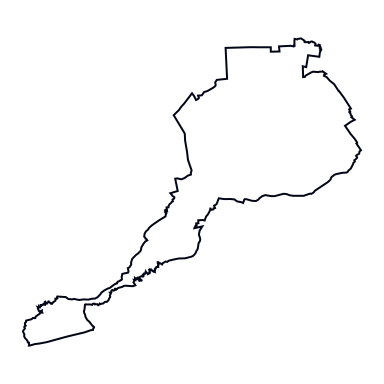 outline of Bogdanesti, Bacau, Romania
{"feature_id": "2599482B17094917236522", "entity_name": "Bogdanesti", "entity_type": "district", "adm_level": 2, "iso_a3": "ROU", "parent_name": "Romania", "parent_adm1": "Bacau", "projection": "robinson", "projection_center": [26.663, 46.198], "detail": "fine", "context": "isolated", "style": "outline", "palette": "ink", "viewbox_px": 384, "rotation_deg": 0, "n_neighbors": 0, "source": "geoboundaries", "source_scale": "gbopen_adm2", "svg_char_len": 5926}
<svg xmlns="http://www.w3.org/2000/svg" viewBox="0 0 384 384"><path d="M93.3,328.2L94.1,327.6L93.9,326.8L92.3,325.6L89.3,321.7L87.2,319.9L85.4,316.7L85.2,315.0L84.3,313.1L83.9,311.2L84.5,309.6L85.0,304.6L85.7,304.3L86.3,304.5L89.4,304.4L92.3,304.8L92.6,304.0L93.8,303.6L94.8,303.8L94.9,304.3L97.3,304.2L98.1,305.2L98.5,305.2L99.7,303.6L100.4,304.2L101.8,303.6L102.9,303.6L105.2,301.8L106.8,301.9L108.4,300.3L109.1,298.7L110.2,296.8L109.9,295.4L110.8,293.6L110.0,292.6L111.3,292.4L111.4,290.8L112.1,290.1L112.5,290.0L113.8,290.7L114.7,290.1L114.9,288.8L115.1,288.7L115.6,288.8L115.7,289.7L116.0,289.8L118.3,287.9L122.2,286.9L123.9,285.9L125.2,285.7L132.8,286.2L135.4,285.3L133.5,282.4L134.3,280.6L134.0,279.9L135.2,280.2L135.0,278.0L136.4,279.1L136.9,278.1L137.4,277.8L138.1,279.4L138.8,279.7L139.4,280.9L139.8,280.8L140.1,279.9L141.0,280.5L142.2,280.8L138.9,277.8L139.3,277.1L141.8,276.1L142.8,276.7L143.4,276.4L143.2,275.6L143.4,275.4L142.9,274.7L143.7,274.0L144.7,274.9L144.4,274.1L144.7,273.9L144.4,273.5L145.2,273.3L145.7,271.6L146.2,272.7L146.8,272.7L147.8,274.2L148.7,273.6L149.1,272.7L149.7,273.1L150.0,272.6L149.8,271.9L149.9,271.0L149.3,270.4L149.4,269.9L149.2,269.6L149.6,269.3L151.4,269.5L152.1,270.7L153.6,271.7L153.9,271.8L154.0,271.3L154.7,271.7L154.6,271.3L155.0,270.8L154.8,269.1L155.7,268.7L155.7,267.6L156.6,267.0L158.2,267.0L157.9,265.4L158.6,264.8L157.8,263.6L157.7,262.2L158.5,262.2L159.1,263.0L160.6,263.4L162.0,264.5L162.9,263.1L165.7,261.5L167.2,261.9L168.8,260.7L172.3,259.8L178.7,258.5L185.0,258.3L190.7,256.9L192.8,256.1L194.4,254.6L195.9,252.5L196.4,250.9L197.5,249.4L197.8,248.4L198.5,243.8L198.7,242.9L199.9,241.1L200.2,239.7L200.1,238.3L198.9,234.7L199.6,230.7L202.3,226.4L194.4,228.2L194.5,227.7L196.6,226.4L196.6,225.9L195.6,225.7L196.6,224.4L196.2,223.9L196.2,223.4L198.4,223.2L198.2,220.3L202.4,220.0L204.7,220.5L204.9,219.6L206.2,216.4L207.9,214.4L209.7,211.1L210.3,209.7L210.3,208.6L210.6,208.6L210.8,209.9L213.4,209.4L213.6,208.3L215.0,208.0L214.1,205.7L216.6,204.1L218.8,198.3L224.2,199.1L230.2,199.0L234.4,199.4L237.1,201.4L241.4,202.2L243.1,203.0L244.4,199.4L244.9,199.1L246.8,199.3L251.9,200.8L255.5,201.0L256.2,200.9L258.4,199.6L259.4,198.3L262.0,196.3L265.2,195.1L271.1,196.1L274.7,196.1L283.5,193.8L286.3,194.0L289.5,195.2L293.0,195.8L303.7,195.8L310.0,193.6L311.3,193.9L313.6,192.5L314.8,190.8L328.1,181.9L330.5,179.6L331.0,178.0L331.7,176.9L333.4,175.7L334.1,174.9L336.6,174.0L342.5,172.8L346.5,172.6L347.7,171.8L348.5,170.6L350.9,168.4L353.2,163.8L353.3,163.0L354.8,161.6L354.3,160.3L356.4,158.6L357.1,157.7L357.1,157.2L356.1,155.8L356.9,155.0L359.2,153.6L359.5,151.4L361.0,150.3L356.4,143.5L357.2,142.9L357.0,142.2L354.6,138.7L350.7,134.1L345.0,125.8L350.8,121.8L354.7,119.8L351.3,117.1L352.0,116.3L350.8,115.0L350.4,113.3L349.6,112.7L349.3,112.1L350.2,111.6L349.2,109.4L350.9,108.6L343.7,97.4L338.9,90.9L338.6,91.0L334.2,84.2L329.9,80.8L326.6,77.0L323.9,75.8L324.2,74.6L326.1,73.8L322.6,71.3L322.2,71.7L319.5,71.7L318.6,72.1L313.0,71.7L311.4,72.3L306.5,75.1L305.5,75.7L304.9,76.9L303.1,77.1L302.8,66.3L306.2,67.1L308.1,55.3L319.3,56.8L319.9,52.4L321.3,49.5L321.0,48.9L320.4,50.3L320.1,50.2L320.7,47.8L320.6,47.5L319.7,49.0L319.9,47.9L319.7,47.3L319.7,44.9L318.6,44.6L317.8,45.8L315.1,45.4L315.5,43.7L314.1,42.3L312.8,42.1L312.1,41.5L311.1,41.5L309.2,42.9L308.8,42.9L308.8,42.5L308.5,42.0L304.9,42.2L304.4,41.8L304.5,40.7L301.0,38.4L297.4,39.0L297.1,39.4L294.6,38.9L294.4,41.0L294.5,45.7L293.8,45.5L293.6,46.4L290.5,45.8L279.0,46.4L279.5,51.5L270.8,51.7L270.8,47.3L250.1,47.2L225.6,47.9L227.1,78.8L216.8,79.9L215.2,82.4L215.7,84.9L215.4,85.9L213.7,87.4L207.7,90.9L204.1,92.1L202.0,95.1L201.4,95.4L198.1,95.6L198.9,97.9L197.9,99.1L196.3,99.9L196.0,100.0L194.2,96.2L192.0,93.3L183.9,103.9L181.5,106.4L178.9,110.1L173.7,115.2L184.4,132.9L184.8,134.1L185.1,140.5L187.0,151.6L188.0,160.0L191.5,170.1L191.5,171.1L190.9,172.3L190.9,174.6L187.9,175.6L184.3,178.2L181.2,179.3L177.4,178.4L175.2,178.7L177.7,191.0L170.4,193.2L172.7,196.1L174.3,197.1L174.3,198.1L173.6,199.0L173.0,199.2L172.5,199.7L172.9,201.3L171.8,201.9L170.9,203.1L169.5,204.3L168.6,205.9L168.5,207.3L166.6,207.4L167.0,210.4L166.4,210.3L166.1,209.5L165.0,210.3L165.3,210.9L166.0,210.8L166.5,211.5L165.6,211.5L165.1,212.0L165.7,212.6L165.7,213.1L166.3,213.6L165.7,214.9L165.5,216.4L158.8,220.5L151.8,225.4L150.0,227.0L148.7,228.3L148.3,229.3L145.9,231.5L144.6,233.7L144.2,236.7L145.3,237.8L145.5,238.6L146.0,238.7L147.3,240.3L145.3,241.5L143.8,243.3L141.4,247.3L140.9,250.0L140.4,251.1L137.9,253.6L135.6,255.3L132.2,258.9L131.1,262.4L131.2,264.3L130.9,265.0L129.5,267.3L127.8,268.2L128.5,271.2L128.1,272.6L122.3,273.9L121.7,276.8L121.9,279.3L121.4,280.0L120.5,280.2L119.7,281.0L117.7,281.7L117.2,283.0L116.9,282.8L115.8,283.9L114.7,284.2L109.7,288.0L107.6,288.6L104.4,290.4L101.4,292.6L100.4,294.2L97.7,297.1L95.2,298.5L91.7,298.8L88.4,299.6L83.6,299.4L79.1,300.0L74.0,298.9L72.1,299.4L68.3,299.0L65.8,297.1L57.3,296.5L56.8,297.6L57.0,298.0L56.8,298.3L57.1,298.6L56.1,299.1L55.4,298.9L55.4,300.7L52.7,302.6L52.6,303.2L51.9,303.9L51.0,303.7L50.6,302.8L49.5,302.6L48.7,301.4L48.4,301.5L48.4,302.1L47.6,302.5L47.0,303.4L46.6,303.0L46.2,303.2L45.2,301.7L44.8,302.1L45.2,303.1L44.8,303.7L45.3,304.4L45.2,304.8L44.8,304.8L43.9,303.7L43.0,304.3L42.8,304.9L40.6,305.0L40.4,306.0L40.7,306.3L39.6,306.7L39.8,307.4L39.4,307.4L38.8,306.5L38.7,307.4L38.4,307.7L37.8,307.4L38.2,308.2L37.9,308.6L39.1,311.3L39.8,311.5L41.9,310.5L41.8,311.6L42.3,312.6L40.1,312.7L39.8,313.7L35.9,316.4L35.5,317.1L35.4,317.9L35.0,318.2L33.0,317.9L31.6,319.2L26.1,320.6L25.9,322.2L25.0,322.9L24.9,323.5L25.1,324.8L25.7,325.7L24.4,326.5L24.3,327.3L24.9,328.2L24.7,328.9L23.4,330.3L23.0,331.2L23.4,332.5L24.4,334.4L24.1,336.0L24.8,337.8L27.5,340.8L27.8,342.4L29.0,342.7L29.1,344.5L28.9,345.6L29.7,345.6L34.8,344.1L39.6,343.5L46.9,342.1L66.5,336.7L84.8,332.3L90.4,330.3L93.0,329.9L93.0,329.3L93.3,328.2Z" fill="none" stroke="#020617" stroke-width="2"/></svg>